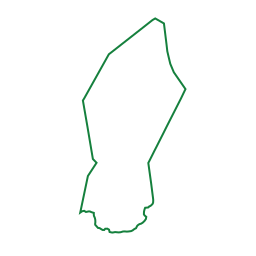 the district of Várzea Nova, Bahia, Brazil, rotated 258°
{"feature_id": "56859067B59616192254510", "entity_name": "Várzea Nova", "entity_type": "district", "adm_level": 2, "iso_a3": "BRA", "parent_name": "Brazil", "parent_adm1": "Bahia", "projection": "robinson", "projection_center": [-41.181, -11.121], "detail": "fine", "context": "isolated", "style": "outline", "palette": "green", "viewbox_px": 256, "rotation_deg": 258, "n_neighbors": 0, "source": "geoboundaries", "source_scale": "gbopen_adm2", "svg_char_len": 1281}
<svg xmlns="http://www.w3.org/2000/svg" viewBox="0 0 256 256"><g transform="rotate(258 128 128)"><path d="M164.3,89.6L137.7,88.6L105.0,87.2L100.5,90.0L89.4,78.8L55.2,63.7L56.1,65.8L56.1,67.9L54.6,69.4L54.6,70.7L54.6,72.1L54.3,73.4L53.6,74.3L52.9,75.4L52.1,76.9L50.7,76.6L49.2,76.4L47.9,76.7L46.6,76.9L44.9,76.9L42.7,76.5L41.3,76.0L40.2,75.8L39.1,76.4L37.7,77.2L36.5,77.9L36.0,79.4L34.8,80.6L33.6,81.9L33.2,83.5L34.2,84.8L33.8,86.9L32.5,88.3L30.1,88.4L29.5,89.7L29.0,90.8L28.9,92.1L28.9,93.7L28.3,95.6L27.8,97.2L27.6,99.1L27.7,100.3L27.8,101.6L27.5,103.4L26.9,105.3L26.7,106.8L26.6,108.1L26.5,109.6L26.9,111.3L27.5,112.4L28.0,113.7L28.3,115.0L29.7,116.1L30.5,116.8L31.0,117.7L31.6,119.2L31.7,120.9L32.3,122.6L32.9,123.6L33.8,125.0L35.3,126.6L37.3,127.4L39.1,126.0L40.4,125.6L41.4,125.9L42.7,126.2L44.0,126.8L45.2,127.4L46.4,128.2L46.2,130.0L46.1,131.4L46.9,132.5L47.1,133.7L47.6,134.7L48.6,136.2L49.7,137.0L51.4,137.5L53.0,137.8L68.7,139.1L89.6,140.6L91.8,142.4L100.2,149.1L103.5,151.8L115.8,161.7L121.2,166.0L145.8,185.9L146.7,186.6L154.1,192.3L173.0,184.4L182.0,182.7L189.7,182.5L194.8,182.4L197.0,182.6L202.2,183.1L222.8,184.9L229.5,177.4L228.5,174.4L225.1,167.5L205.5,127.5L204.1,124.6L166.4,91.6L165.1,90.4L164.3,89.6Z" fill="none" stroke="#15803d" stroke-width="2"/></g></svg>